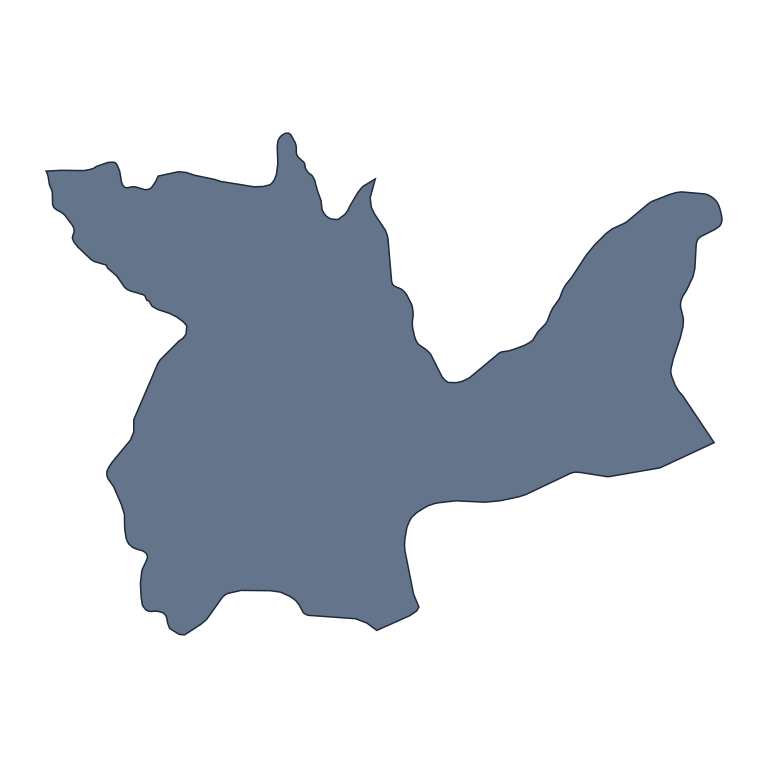 the border of Huánuco
{"feature_id": "PER-579", "entity_name": "Huánuco", "entity_type": "Department", "adm_level": 1, "iso_a3": "PER", "parent_name": "Peru", "parent_adm1": "", "projection": "albers", "projection_center": [-76.085, -9.412], "detail": "fine", "context": "isolated", "style": "filled", "palette": "slate", "viewbox_px": 768, "rotation_deg": 0, "n_neighbors": 0, "source": "natural_earth", "source_scale": "10m", "svg_char_len": 3899}
<svg xmlns="http://www.w3.org/2000/svg" viewBox="0 0 768 768"><path d="M681.5,191.9L703.5,193.8L706.4,194.3L708.9,195.3L713.0,197.9L714.8,199.5L716.4,201.3L717.7,203.3L718.8,205.5L720.4,210.6L721.6,215.8L721.9,218.5L721.9,220.8L721.2,223.6L719.8,225.9L715.4,229.2L701.8,236.1L699.5,237.5L697.9,239.3L696.9,241.6L696.2,244.3L694.9,268.2L693.1,276.4L686.7,290.0L682.8,296.3L681.7,298.7L680.9,301.3L680.5,304.2L680.6,307.1L683.2,317.6L683.4,320.6L683.0,326.7L680.3,337.8L673.5,358.2L671.0,368.8L670.8,370.8L670.9,372.9L671.6,376.0L675.2,385.4L678.7,391.2L682.9,396.0L714.1,442.6L660.1,467.8L609.3,476.6L607.3,476.7L579.4,472.3L575.1,472.2L571.6,472.8L525.7,494.6L518.8,496.8L500.0,500.8L484.8,502.2L455.7,500.8L438.2,502.8L434.1,503.7L428.0,505.8L424.3,507.8L416.8,512.6L411.7,517.3L409.2,521.6L406.9,527.4L404.9,538.8L404.5,545.2L404.9,550.5L413.6,594.3L418.9,607.0L416.7,610.9L410.1,615.5L376.8,630.4L366.9,623.1L355.5,618.7L309.2,615.4L307.2,615.0L304.9,613.9L303.3,612.6L300.4,607.3L298.4,603.8L295.5,600.4L293.7,598.9L289.6,596.2L280.2,592.1L270.3,590.7L241.2,590.4L227.8,593.4L225.0,594.9L222.4,597.3L206.8,619.2L201.0,624.2L184.6,634.9L180.1,634.5L178.6,634.1L169.6,628.4L167.7,623.4L166.7,617.8L165.5,615.0L163.1,612.8L157.9,611.3L154.4,611.2L151.2,611.5L148.5,611.2L146.0,610.0L143.5,607.0L142.3,604.8L141.1,596.8L140.4,583.7L141.7,571.8L142.4,569.2L146.7,559.9L147.4,557.6L147.2,555.4L146.1,553.2L143.3,551.1L140.3,550.1L137.3,549.3L134.7,548.4L132.6,547.3L128.9,544.1L127.4,541.6L126.1,538.2L124.7,529.1L124.4,514.4L121.4,504.6L113.6,486.7L108.3,479.1L107.0,476.3L106.8,474.1L106.9,471.3L108.9,467.1L112.2,462.1L130.4,440.1L133.7,432.1L133.8,419.6L157.9,363.4L160.3,359.7L178.8,341.2L182.7,338.4L184.6,336.3L186.1,333.7L186.8,325.8L183.0,321.6L176.7,317.0L169.6,313.4L157.5,309.4L152.0,306.2L149.1,301.1L147.0,300.3L146.1,298.9L145.6,297.2L144.6,295.6L143.2,294.7L130.4,291.0L127.2,289.5L124.6,287.3L116.7,275.9L107.8,268.3L106.1,265.0L94.4,261.6L91.2,259.7L77.8,247.0L73.7,241.7L72.3,237.9L73.0,235.0L74.1,232.1L73.9,228.4L72.4,225.3L65.2,215.7L62.7,213.2L56.5,209.7L54.0,207.7L52.6,204.6L52.3,192.7L51.9,190.6L49.4,184.6L48.1,176.5L47.3,173.8L46.1,171.1L61.2,170.3L83.5,170.6L89.1,169.7L93.2,168.5L96.7,166.3L108.1,162.4L112.3,162.2L114.9,162.4L115.8,163.3L117.2,165.0L119.7,171.2L121.6,182.5L122.9,185.4L124.9,187.5L127.9,187.7L131.0,186.9L134.9,186.7L145.0,189.7L148.7,189.3L151.3,187.9L155.7,181.5L158.1,176.1L178.5,171.7L186.3,172.5L194.4,175.2L214.9,179.5L220.5,181.4L254.0,186.8L263.0,186.5L270.3,184.7L272.5,182.4L274.3,179.8L276.4,174.6L277.8,163.5L277.2,145.9L278.1,140.4L279.5,137.8L281.7,135.3L285.5,133.2L288.7,133.1L290.8,134.7L295.0,142.3L295.9,144.8L296.3,147.3L296.3,152.6L297.0,155.2L298.4,157.4L303.5,161.9L304.1,162.6L304.7,163.8L305.4,167.9L306.6,170.4L308.6,172.9L312.0,175.5L313.6,178.0L314.8,180.5L315.9,185.2L316.7,187.5L317.2,190.0L321.0,200.5L322.2,210.2L323.7,212.8L325.6,215.5L328.9,218.0L331.5,219.1L338.0,219.5L344.8,214.5L347.8,210.5L349.6,206.5L357.7,192.7L361.1,188.4L363.5,186.0L375.3,178.9L370.2,197.6L371.3,207.2L374.7,214.2L385.3,230.1L387.1,234.6L388.0,238.7L391.6,281.1L392.1,283.2L392.6,284.4L393.9,285.7L395.1,286.4L397.1,287.4L399.4,288.2L401.7,289.4L404.1,291.6L406.6,294.6L411.3,303.8L412.2,306.2L413.0,311.3L413.2,314.3L413.0,317.3L412.5,320.1L412.3,323.8L412.7,328.1L414.5,336.3L416.0,340.5L417.8,343.5L419.5,345.1L425.7,349.3L429.3,352.6L430.8,354.4L442.0,376.7L444.9,380.1L448.1,382.4L456.0,382.7L461.8,381.5L467.8,378.7L470.2,377.2L499.1,353.1L501.6,351.9L508.1,351.0L513.4,349.5L524.5,345.3L529.5,342.6L532.8,340.1L537.9,331.8L545.3,324.2L547.0,321.7L550.6,312.3L552.9,307.8L558.6,299.9L559.8,297.8L562.6,290.3L564.1,287.5L566.0,284.4L571.8,277.2L586.4,254.9L594.7,244.8L606.5,233.1L612.2,228.9L624.5,223.2L626.9,221.7L648.0,204.0L651.7,201.5L668.9,194.7L676.1,192.6L681.5,191.9Z" fill="#64748b" stroke="#1e293b" stroke-width="1.5"/></svg>